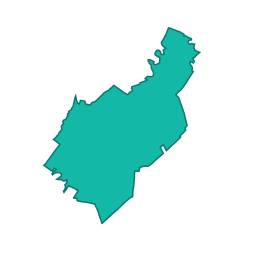 Luna, Cluj, Romania (Albers equal-area conic projection), rotated 252°
{"feature_id": "2599482B89175804727577", "entity_name": "Luna", "entity_type": "district", "adm_level": 2, "iso_a3": "ROU", "parent_name": "Romania", "parent_adm1": "Cluj", "projection": "albers", "projection_center": [23.938, 46.482], "detail": "fine", "context": "isolated", "style": "filled", "palette": "teal", "viewbox_px": 256, "rotation_deg": 252, "n_neighbors": 0, "source": "geoboundaries", "source_scale": "gbopen_adm2", "svg_char_len": 5688}
<svg xmlns="http://www.w3.org/2000/svg" viewBox="0 0 256 256"><g transform="rotate(252 128 128)"><path d="M187.1,217.3L187.4,216.2L188.7,214.8L188.6,214.2L188.5,212.7L188.7,212.2L189.1,212.1L190.9,211.7L191.3,211.8L191.9,212.1L192.2,212.8L192.4,213.9L192.4,214.5L192.1,215.3L192.3,215.7L193.0,215.8L193.6,215.7L193.9,215.3L194.3,214.9L194.9,213.7L195.1,213.5L196.7,212.3L197.8,211.3L198.0,210.6L198.0,209.8L198.1,209.6L199.5,210.0L199.8,210.2L202.0,208.2L202.7,207.7L203.8,206.6L205.1,204.7L206.7,202.8L208.1,200.8L209.0,200.2L210.7,197.5L204.1,192.1L204.3,191.8L202.6,190.4L199.7,186.9L198.9,186.2L198.4,186.0L197.0,186.0L195.4,186.4L193.7,187.5L192.6,188.2L192.2,188.6L191.7,186.9L191.2,185.5L190.4,185.4L188.3,185.6L188.0,185.3L187.8,185.1L186.9,184.8L186.9,184.6L186.9,184.4L187.4,183.4L188.0,182.2L189.1,182.2L189.6,182.4L190.5,182.4L191.3,182.1L192.3,181.5L192.7,181.0L192.9,180.5L192.7,179.2L191.9,178.1L191.4,177.5L190.5,176.8L189.9,176.5L189.4,176.5L188.9,176.6L188.1,177.2L185.5,179.5L184.9,180.1L180.1,178.0L179.8,175.6L179.7,174.4L180.0,173.1L180.6,172.4L181.6,172.2L182.3,172.7L182.9,173.3L183.8,172.4L185.8,170.4L186.6,168.4L185.7,167.9L183.7,168.3L182.4,168.4L181.3,169.5L177.5,168.8L176.6,168.8L175.6,168.9L174.9,169.2L174.3,169.3L173.5,169.3L171.5,169.0L170.5,168.6L169.5,167.4L169.7,165.6L171.1,162.4L169.6,159.5L167.7,161.1L167.3,157.7L167.3,156.5L167.2,153.4L166.4,153.0L166.1,152.6L166.1,152.2L166.0,150.7L166.0,147.0L166.0,145.0L165.9,144.3L165.7,144.1L165.2,144.0L164.8,143.7L164.6,143.6L163.9,143.8L163.4,143.8L162.6,144.0L162.4,144.0L161.8,143.0L161.6,142.4L161.5,141.0L161.3,140.5L160.5,139.3L160.0,138.8L160.2,137.6L163.1,134.9L168.4,131.1L170.4,129.5L173.0,127.8L172.1,126.1L171.8,125.3L171.2,124.7L171.2,123.7L170.9,123.1L170.5,122.9L170.3,122.4L169.9,121.5L169.9,121.1L169.5,119.4L169.4,118.1L169.1,117.0L168.7,115.7L167.9,114.5L167.8,114.1L167.1,113.1L166.9,112.2L165.9,110.6L165.6,109.9L165.0,108.9L165.1,108.7L165.0,108.4L164.8,108.4L164.6,108.0L164.0,106.6L163.8,105.9L163.1,104.5L163.1,104.0L163.3,103.6L163.1,103.2L163.4,102.5L163.4,102.2L163.2,101.7L163.2,101.3L162.7,100.8L162.6,100.5L162.2,100.1L161.6,98.9L162.9,96.7L163.5,95.5L163.6,95.4L165.0,95.1L166.9,95.3L168.9,91.3L167.7,90.5L165.9,89.1L166.9,88.2L167.3,87.4L168.6,87.7L169.7,87.6L170.8,87.6L171.7,87.8L174.6,88.1L173.4,87.1L171.0,85.7L168.0,83.8L167.5,83.5L166.4,83.2L165.9,82.8L164.2,80.6L163.3,80.0L162.9,79.5L162.7,79.2L162.6,78.7L162.6,78.0L162.5,77.6L162.0,77.0L161.9,76.6L160.7,76.4L160.5,76.2L160.3,75.7L160.4,75.2L159.5,74.8L159.1,74.4L158.7,74.4L158.1,74.4L157.5,73.8L157.3,73.3L156.4,72.6L155.6,71.6L155.4,71.1L155.3,70.8L155.5,70.0L155.3,69.3L155.3,69.2L154.5,68.1L153.9,68.1L153.1,67.8L152.8,67.9L152.4,68.2L152.2,68.1L152.0,67.9L151.9,67.6L151.5,67.2L151.2,66.6L150.9,65.9L150.4,65.3L149.9,65.0L148.6,64.8L147.6,64.9L147.3,64.9L146.9,64.3L146.7,63.8L146.5,63.6L146.1,63.2L145.3,62.6L145.2,62.4L145.3,61.7L145.1,61.2L143.3,59.7L142.7,59.3L142.6,59.0L142.5,58.8L142.7,58.2L142.2,57.8L141.8,57.3L141.6,56.7L140.8,55.5L140.1,53.6L136.2,56.3L133.5,58.2L133.0,57.5L132.5,57.0L131.8,55.8L130.6,54.1L130.2,53.3L127.4,49.4L126.4,48.2L126.1,47.6L125.7,47.2L123.8,44.4L123.2,43.9L122.8,43.4L122.1,42.1L121.4,41.2L121.1,40.7L120.5,40.2L119.3,38.4L119.1,37.7L118.7,37.0L118.4,36.4L117.1,37.5L116.2,38.1L113.9,39.8L113.7,40.0L110.4,42.6L110.8,43.0L111.7,44.4L112.5,45.5L110.8,47.1L110.6,47.1L110.4,46.2L110.2,45.5L109.6,43.9L109.3,43.3L109.0,43.1L108.4,42.1L108.1,41.8L107.7,41.6L106.8,41.7L107.3,43.1L107.5,43.8L107.7,45.2L107.8,45.9L107.7,46.3L107.1,48.0L106.7,48.9L106.0,49.7L105.2,50.1L104.6,50.4L104.3,50.1L103.4,49.9L102.9,49.6L102.8,49.4L101.2,44.5L101.0,44.9L100.5,45.9L99.9,47.6L99.4,49.1L98.8,49.2L97.8,49.9L97.3,50.9L97.2,51.3L97.2,52.7L97.1,52.8L97.5,53.9L95.9,53.4L95.0,52.7L94.7,52.3L94.3,52.1L93.7,50.6L93.3,50.5L92.0,50.5L90.3,49.9L90.1,49.8L89.9,49.4L89.4,49.1L88.4,48.3L88.2,47.9L88.2,47.4L88.1,47.2L87.2,47.1L86.6,47.2L88.0,49.2L91.4,53.8L90.5,54.6L89.6,55.7L88.7,56.6L86.3,59.2L86.0,59.3L85.9,59.6L85.7,59.6L85.6,59.8L85.2,59.9L85.3,60.0L84.9,60.2L84.8,60.4L84.8,60.6L84.7,60.6L84.4,60.9L84.3,61.1L84.2,61.2L84.1,61.4L84.0,61.5L83.9,61.8L83.9,61.5L83.7,61.3L83.2,60.9L81.2,58.2L80.4,57.3L80.0,56.8L79.4,56.0L79.3,55.8L79.1,55.7L78.8,55.2L78.3,54.7L78.0,54.8L77.8,55.0L77.2,57.1L76.9,57.5L76.3,57.6L74.9,57.2L74.5,57.3L74.2,57.6L72.0,61.7L71.5,62.9L69.7,66.4L68.2,69.2L66.0,72.5L65.7,72.9L64.8,73.0L62.1,73.3L60.4,73.6L59.6,73.6L58.2,73.8L53.7,73.6L48.5,73.8L45.5,73.7L45.3,73.9L50.5,85.1L53.5,92.0L53.4,92.1L56.1,97.5L59.0,103.6L60.8,108.0L60.9,109.0L61.3,110.0L61.1,110.5L61.6,111.4L62.2,111.6L66.4,113.1L69.5,114.8L76.4,117.7L78.5,118.7L81.2,119.6L84.9,121.0L84.1,123.4L83.4,125.0L84.4,125.7L86.6,127.1L86.7,127.5L86.8,128.1L86.8,129.1L86.6,132.3L86.2,132.8L86.3,133.3L85.9,134.3L85.4,135.2L86.4,138.6L87.0,140.2L88.2,142.5L89.0,144.3L90.0,146.8L93.0,153.8L99.6,152.6L101.2,156.4L94.6,157.5L95.7,159.7L95.8,160.1L95.7,160.2L96.0,160.5L98.0,164.7L99.1,167.1L100.5,170.0L101.3,171.8L103.0,175.2L104.2,174.8L104.3,174.9L105.5,177.1L106.4,179.2L107.7,181.4L108.1,182.2L110.4,182.3L112.2,185.0L115.4,185.2L124.7,185.9L132.5,185.8L140.8,185.6L141.4,185.5L145.0,183.7L147.6,189.4L148.7,191.5L149.1,192.0L150.2,193.4L152.8,197.0L155.6,200.2L161.5,207.5L162.6,206.7L163.2,206.5L163.4,206.6L164.4,207.6L165.3,207.8L167.3,207.7L167.6,207.5L167.9,207.0L168.9,207.0L169.9,206.9L170.4,207.0L172.1,207.6L172.0,207.9L171.7,208.3L170.8,209.1L169.6,210.2L170.7,211.8L172.3,211.4L174.5,211.1L174.5,212.2L174.7,213.3L175.6,214.7L176.4,216.2L176.9,217.5L177.8,219.6L179.6,217.2L181.5,215.6L184.3,215.5L186.4,216.7L187.1,217.3Z" fill="#14b8a6" stroke="#0f766e" stroke-width="1.5"/></g></svg>